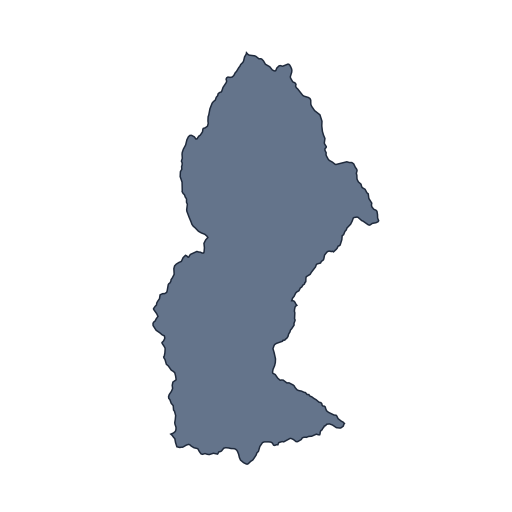 outline of Pomabamba, Áncash, Peru, rotated 345°
{"feature_id": "86281439B64426099138433", "entity_name": "Pomabamba", "entity_type": "district", "adm_level": 2, "iso_a3": "PER", "parent_name": "Peru", "parent_adm1": "Áncash", "projection": "equal_earth", "projection_center": [-77.411, -8.715], "detail": "fine", "context": "isolated", "style": "filled", "palette": "slate", "viewbox_px": 512, "rotation_deg": 345, "n_neighbors": 0, "source": "geoboundaries", "source_scale": "gbopen_adm2", "svg_char_len": 6112}
<svg xmlns="http://www.w3.org/2000/svg" viewBox="0 0 512 512"><g transform="rotate(345 256 256)"><path d="M151.7,432.9L153.0,433.7L155.6,433.6L157.6,434.9L159.4,435.7L163.8,435.5L167.6,437.4L169.6,435.5L171.0,435.7L172.2,435.4L175.1,433.3L177.1,433.3L179.8,434.3L182.0,435.5L185.2,436.5L186.3,437.4L187.2,438.7L187.6,440.3L187.9,443.0L187.8,446.4L188.2,449.1L190.5,452.4L192.9,454.5L193.9,454.8L194.8,454.6L197.7,453.0L200.1,452.2L201.9,450.7L204.6,448.3L205.8,446.5L207.8,445.3L210.4,441.0L214.0,437.9L215.9,437.7L219.8,438.7L222.2,439.6L223.4,440.9L224.0,443.2L225.0,443.8L226.9,443.6L228.3,444.0L229.5,442.3L230.1,442.1L233.2,442.0L234.7,442.7L241.8,441.0L242.9,441.5L244.6,442.9L246.7,445.7L248.1,446.1L252.2,445.0L253.6,443.7L254.9,443.5L256.4,443.7L257.8,444.2L260.1,443.9L263.1,444.5L268.2,443.7L269.9,444.8L271.2,445.2L271.8,444.4L272.4,442.8L273.5,441.4L274.8,441.0L275.8,439.8L277.0,439.1L278.0,437.9L279.2,437.9L280.8,436.8L283.5,437.2L286.1,439.0L289.2,442.6L292.8,444.0L293.9,443.9L296.3,442.9L297.3,441.3L298.1,440.7L297.0,438.8L295.8,437.8L293.2,434.4L292.6,431.4L292.2,430.6L290.2,429.8L285.6,425.8L284.4,424.2L284.1,423.6L283.8,421.6L283.8,419.7L283.2,418.8L281.8,418.2L281.3,417.6L281.3,415.6L280.7,414.4L279.0,413.5L276.8,410.3L275.1,408.6L273.3,406.3L272.3,405.7L271.5,404.7L271.2,403.5L269.5,403.0L268.4,400.7L267.1,400.1L265.0,398.3L262.4,397.0L261.1,396.0L259.7,393.2L259.3,391.4L258.5,390.2L255.1,387.1L253.0,386.6L250.1,382.9L248.3,382.3L247.2,382.3L245.4,379.7L243.9,375.5L241.9,373.6L241.9,372.5L243.1,369.9L245.6,366.7L247.1,363.9L248.2,360.5L248.5,354.2L248.4,349.9L250.3,347.1L251.2,346.3L253.1,345.7L259.6,345.2L259.9,344.7L260.3,344.4L262.0,344.7L263.1,343.9L264.2,343.6L266.0,342.1L267.4,339.7L269.0,338.3L270.2,336.4L271.5,335.6L274.9,332.6L275.2,331.0L277.0,328.4L277.2,327.7L277.0,326.6L278.8,320.9L278.8,319.3L279.4,317.6L280.5,315.4L282.1,314.3L282.7,314.2L282.1,312.9L281.6,310.6L281.0,309.4L280.0,308.7L278.9,308.4L280.5,306.1L282.3,304.9L284.7,302.1L286.3,301.2L288.4,300.7L290.6,298.3L292.0,297.9L294.0,296.1L295.4,295.7L295.9,295.2L296.3,294.2L297.1,294.0L297.5,293.5L298.5,290.2L299.2,289.0L303.6,287.7L305.2,286.1L310.6,282.0L311.9,280.1L312.9,279.5L316.5,279.5L317.7,278.2L320.1,277.2L320.7,276.4L322.5,272.8L325.5,270.6L326.5,270.2L327.9,270.2L329.1,270.7L329.7,271.2L331.0,271.2L331.9,272.1L335.3,270.3L336.4,269.5L337.9,267.7L339.3,267.6L340.1,267.2L343.1,262.5L344.5,258.7L346.1,258.1L348.2,255.3L349.9,254.2L351.1,252.5L355.6,249.8L358.0,247.1L359.8,244.5L360.6,244.2L363.5,244.5L364.5,245.0L367.3,249.2L368.4,250.0L372.3,254.7L373.4,255.5L374.4,255.5L376.7,254.6L380.5,254.9L382.7,254.5L383.6,253.7L383.3,250.8L384.1,247.4L384.4,244.1L383.7,242.8L381.8,241.3L380.6,238.4L380.7,236.7L381.5,234.9L379.9,229.6L380.5,225.0L379.5,223.7L378.6,219.8L376.2,217.3L376.0,215.8L376.0,213.8L374.1,211.0L373.5,208.3L373.6,207.1L374.3,204.1L374.3,202.1L375.6,199.9L375.8,199.2L375.6,197.8L374.9,196.1L374.2,192.3L372.7,190.5L370.4,189.9L368.1,188.5L356.8,188.3L356.0,187.7L354.1,185.1L351.6,182.7L350.8,181.3L349.9,177.4L349.9,176.1L350.5,174.4L350.0,172.1L350.0,171.3L350.6,170.0L351.8,169.4L352.2,168.5L351.3,165.7L351.2,164.6L353.0,160.3L352.5,156.8L352.4,152.9L353.2,147.4L354.6,142.9L354.3,136.2L350.2,130.7L348.5,125.9L348.2,123.7L349.2,119.6L348.9,117.9L347.7,116.5L343.7,114.0L342.7,112.9L339.5,105.4L338.5,103.9L338.2,102.2L339.0,100.7L339.0,100.2L338.3,98.6L337.2,97.9L336.5,97.1L335.4,92.9L335.6,91.6L338.1,87.6L338.7,85.9L338.8,84.5L338.5,82.4L338.0,80.4L337.3,79.3L336.5,78.9L330.8,79.6L328.8,78.4L327.5,78.3L324.8,79.8L323.1,82.0L322.4,82.2L321.5,81.9L319.9,80.5L318.3,76.8L314.7,73.2L313.7,69.5L312.5,67.3L311.7,66.7L309.9,66.3L307.6,63.2L306.5,62.3L301.4,60.2L300.5,59.3L299.4,57.2L298.8,58.5L296.5,60.7L294.5,64.4L293.4,65.6L290.8,67.1L289.3,68.8L288.3,69.4L284.8,72.8L283.6,73.4L281.2,76.0L279.8,76.7L279.1,77.0L277.3,76.8L275.2,75.9L273.8,76.3L272.9,77.4L272.9,79.5L272.2,80.7L267.8,84.6L265.5,88.0L264.7,88.6L263.0,88.7L261.4,89.5L260.4,91.3L258.7,92.4L257.0,94.9L254.9,95.8L253.2,97.0L249.6,101.9L246.9,107.5L245.8,109.1L244.5,113.2L244.2,115.5L242.7,118.1L239.9,119.1L238.1,119.1L237.5,119.8L236.5,122.2L233.4,124.9L231.8,125.4L229.3,127.6L228.2,127.4L227.3,125.0L225.0,122.8L223.4,122.4L221.6,123.3L219.3,125.9L216.8,130.5L213.5,134.0L211.5,137.0L210.9,138.6L210.1,142.6L208.5,145.1L208.8,146.9L208.2,149.0L207.3,150.3L206.8,153.0L204.8,155.0L203.3,159.7L203.7,165.5L201.7,173.7L201.3,174.6L201.8,176.8L202.7,178.2L203.0,181.2L203.5,182.2L203.6,183.2L202.8,186.0L202.8,186.7L203.1,187.6L203.0,188.5L201.0,193.4L200.8,194.9L201.4,201.1L202.1,206.2L202.3,208.8L203.1,211.0L204.5,213.0L206.8,217.2L209.1,219.5L212.2,221.8L213.8,224.2L214.3,225.7L211.6,227.4L209.0,230.3L208.3,234.7L206.9,238.6L206.2,239.5L204.9,239.3L203.2,237.9L201.6,237.3L200.1,236.3L193.0,237.5L190.6,239.7L189.9,239.4L189.2,238.1L188.1,237.1L185.2,238.7L182.5,241.9L179.8,242.3L176.9,243.2L174.8,244.5L173.4,246.9L172.2,252.5L169.3,255.7L167.9,256.8L167.3,258.2L166.1,259.6L164.5,260.3L163.8,261.0L161.2,266.6L160.3,268.0L158.1,268.7L156.0,268.2L153.3,268.7L151.7,272.3L149.3,274.3L148.0,275.7L147.1,277.7L145.7,278.4L143.4,280.3L143.3,281.1L145.1,285.9L145.7,289.0L143.5,290.7L141.7,292.7L140.0,293.4L139.1,294.4L138.9,295.1L138.6,296.6L140.3,301.9L143.3,305.4L144.9,307.8L146.8,309.4L146.7,311.3L146.4,312.2L144.5,314.3L142.8,315.2L142.7,316.0L143.9,319.6L144.3,321.2L144.2,322.2L143.0,325.8L141.5,328.9L140.7,329.6L140.7,330.6L141.3,332.4L141.4,337.4L142.8,339.4L144.6,344.3L146.2,346.0L147.3,347.7L147.3,351.0L146.9,354.5L146.6,355.0L143.1,356.3L141.6,359.2L141.2,362.2L140.9,362.8L139.2,364.9L136.3,367.4L135.1,369.3L134.9,371.0L135.6,372.3L136.0,376.4L137.3,379.1L136.5,383.4L137.1,384.9L137.1,389.3L135.6,393.3L134.4,395.9L134.2,397.4L134.4,400.7L133.9,402.6L133.1,404.0L132.6,404.6L130.5,405.6L127.6,406.0L128.6,407.5L129.5,409.9L130.3,411.4L130.0,415.4L130.2,419.8L132.9,421.3L134.2,421.3L135.7,421.7L139.9,420.6L142.1,420.5L143.3,421.3L144.2,422.8L146.5,425.2L149.2,426.6L150.0,427.3L150.6,430.0L151.7,432.9Z" fill="#64748b" stroke="#1e293b" stroke-width="1.5"/></g></svg>